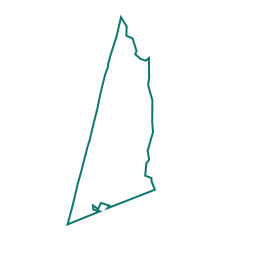 Grayson, Virginia, United States of America (Natural Earth projection), rotated 102°
{"feature_id": "52423323B9140975036391", "entity_name": "Grayson", "entity_type": "district", "adm_level": 2, "iso_a3": "USA", "parent_name": "United States of America", "parent_adm1": "Virginia", "projection": "natural_earth1", "projection_center": [-81.229, 36.683], "detail": "fine", "context": "isolated", "style": "outline", "palette": "teal", "viewbox_px": 256, "rotation_deg": 102, "n_neighbors": 0, "source": "geoboundaries", "source_scale": "gbopen_adm2", "svg_char_len": 780}
<svg xmlns="http://www.w3.org/2000/svg" viewBox="0 0 256 256"><g transform="rotate(102 128 128)"><path d="M210.8,131.5L182.8,88.9L175.2,93.9L172.1,94.7L171.0,101.3L158.8,102.7L154.4,100.8L146.2,104.1L126.9,102.7L117.0,105.6L95.9,109.9L81.9,117.2L74.5,117.8L55.2,122.1L58.4,124.6L57.9,130.0L54.3,136.3L51.1,135.6L39.4,142.1L38.1,148.8L29.0,150.4L21.1,157.9L40.6,158.2L61.0,160.3L66.4,160.5L69.0,160.8L72.3,160.3L81.0,161.5L98.2,162.1L103.7,162.1L115.3,162.0L126.8,162.4L130.0,162.6L148.6,163.0L150.0,163.3L157.5,163.8L161.8,163.9L172.4,164.5L177.9,164.6L178.6,164.6L190.7,165.4L192.6,165.6L207.4,165.8L207.8,165.8L218.6,166.2L234.9,167.1L215.4,138.3L215.0,144.9L211.1,146.1L213.5,140.4L206.9,138.9L207.8,130.0L210.8,131.5Z" fill="none" stroke="#0f766e" stroke-width="2"/></g></svg>